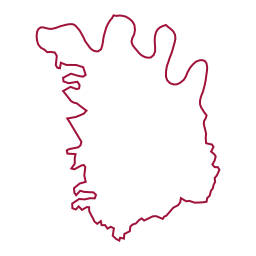 outline of Machadinho, Rio Grande do Sul, Brazil
{"feature_id": "56859067B5606080296655", "entity_name": "Machadinho", "entity_type": "district", "adm_level": 2, "iso_a3": "BRA", "parent_name": "Brazil", "parent_adm1": "Rio Grande do Sul", "projection": "equal_earth", "projection_center": [-51.684, -27.589], "detail": "fine", "context": "isolated", "style": "outline", "palette": "rose", "viewbox_px": 256, "rotation_deg": 0, "n_neighbors": 0, "source": "geoboundaries", "source_scale": "gbopen_adm2", "svg_char_len": 2962}
<svg xmlns="http://www.w3.org/2000/svg" viewBox="0 0 256 256"><path d="M113.5,15.4L111.9,18.4L110.1,20.4L108.1,23.6L106.3,27.4L105.1,31.5L104.2,34.6L103.5,37.5L103.0,41.4L102.3,45.3L101.1,49.2L98.2,51.3L95.8,51.3L93.7,50.7L91.3,49.2L89.6,47.3L87.5,44.4L85.1,41.1L83.9,38.2L82.3,35.2L80.8,32.5L79.3,30.0L77.0,27.4L75.3,25.5L73.1,24.3L70.0,24.1L66.3,24.7L63.2,25.5L60.1,26.3L56.7,27.6L53.9,28.4L51.7,28.9L49.5,28.9L46.5,28.2L43.1,27.4L40.8,27.4L38.5,28.9L37.2,31.4L36.6,36.0L37.0,40.3L38.2,44.4L40.7,47.6L44.2,49.5L47.3,52.2L50.4,51.9L54.8,52.5L56.8,55.9L55.8,65.1L57.2,67.6L59.9,68.3L60.9,62.7L66.2,64.9L76.2,65.0L79.1,65.9L83.2,67.2L85.7,74.9L82.9,76.7L78.4,75.9L71.0,73.7L63.1,77.8L63.5,81.4L68.7,83.2L77.4,81.8L79.6,85.1L79.1,88.4L76.6,89.1L70.5,86.9L63.1,91.0L69.4,98.9L70.9,101.0L73.9,102.7L76.6,103.2L80.7,106.4L86.5,110.7L83.7,113.7L79.3,115.6L75.7,117.0L67.3,118.5L70.1,122.9L81.4,141.8L80.5,145.3L78.3,147.3L69.5,149.0L66.8,150.3L67.4,153.6L75.5,154.1L74.7,158.4L74.8,163.6L71.4,168.5L74.4,169.3L81.5,165.4L83.7,165.0L85.3,167.1L84.3,175.5L85.7,181.9L79.7,183.5L74.0,188.2L74.4,192.7L76.1,195.2L80.2,190.8L84.3,191.9L93.5,192.4L96.0,194.9L94.7,198.4L90.1,198.2L84.7,199.4L79.1,199.0L72.2,203.6L72.4,208.2L75.8,209.5L78.7,206.4L82.0,209.9L86.7,207.1L89.1,207.2L89.2,211.1L91.2,215.1L93.0,218.4L94.5,221.6L97.2,223.8L100.8,221.1L101.6,225.1L105.1,225.1L107.5,228.6L110.7,226.8L113.9,228.4L113.3,232.3L112.7,235.7L116.1,238.9L119.3,240.6L120.1,237.7L123.9,238.6L124.3,234.0L129.8,231.2L130.4,226.5L132.5,224.6L136.0,223.4L139.1,220.0L141.7,218.4L144.1,220.5L147.4,219.0L152.8,216.3L156.4,216.2L162.7,218.9L164.2,216.6L166.4,215.7L173.3,207.7L178.1,205.2L180.2,202.3L180.9,198.1L186.2,201.3L189.4,200.9L194.8,202.7L203.1,202.3L206.6,201.7L207.2,198.1L209.7,195.7L210.9,190.9L212.8,188.4L213.7,184.6L215.1,182.0L214.7,178.0L216.9,175.4L219.4,169.8L217.8,167.1L214.6,167.1L212.4,164.5L214.7,160.3L215.7,156.4L214.2,154.1L211.1,151.6L213.5,146.9L212.0,144.5L209.4,144.0L206.1,143.2L205.7,137.9L206.1,133.6L204.9,128.6L203.8,124.2L204.0,121.2L205.5,118.7L206.6,115.4L203.9,111.8L201.2,107.5L200.0,104.2L200.0,101.0L200.6,98.0L201.6,94.9L203.0,91.6L204.1,87.3L205.0,83.7L205.6,80.5L206.2,76.2L206.9,71.3L207.2,67.3L206.5,63.4L205.0,61.1L202.6,60.2L199.9,60.2L195.9,61.7L193.1,64.2L190.2,67.6L187.6,72.1L186.0,76.2L184.0,79.6L181.9,81.4L179.5,83.2L176.4,84.4L173.3,84.4L170.0,83.1L167.2,80.3L166.0,76.7L166.0,71.8L166.6,67.6L167.3,64.8L168.5,61.7L169.3,58.9L170.6,55.7L172.4,50.5L173.6,46.0L174.7,42.2L175.4,38.8L175.1,34.9L173.3,31.4L170.4,28.7L167.9,26.8L166.0,25.0L162.9,26.0L160.0,27.4L157.6,29.5L156.1,32.0L155.3,34.9L154.8,37.7L154.7,41.9L155.1,46.6L155.1,51.4L153.6,55.1L150.8,57.5L148.1,57.7L145.7,57.3L143.5,56.4L141.3,55.1L139.0,53.0L136.6,50.1L134.6,47.8L132.5,44.9L131.5,41.6L132.3,38.0L134.1,34.6L135.0,30.0L134.4,25.0L132.2,21.2L129.0,18.5L125.5,16.5L122.1,15.8L119.6,15.5L116.5,15.9L113.5,15.4Z" fill="none" stroke="#9f1239" stroke-width="2"/></svg>